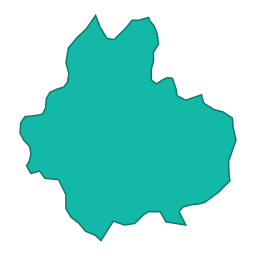 Nonsan-si, South Chungcheong, South Korea (Equal Earth projection)
{"feature_id": "91817680B11377751855609", "entity_name": "Nonsan-si", "entity_type": "district", "adm_level": 2, "iso_a3": "KOR", "parent_name": "South Korea", "parent_adm1": "South Chungcheong", "projection": "equal_earth", "projection_center": [127.164, 36.193], "detail": "fine", "context": "isolated", "style": "filled", "palette": "teal", "viewbox_px": 256, "rotation_deg": 0, "n_neighbors": 0, "source": "geoboundaries", "source_scale": "gbopen_adm2", "svg_char_len": 1095}
<svg xmlns="http://www.w3.org/2000/svg" viewBox="0 0 256 256"><path d="M201.7,94.8L201.4,94.9L185.6,100.2L176.9,95.5L176.2,89.3L172.5,78.4L167.4,77.6L162.3,80.0L156.5,83.9L151.3,80.0L151.3,69.1L153.5,61.3L153.5,52.0L158.6,44.2L157.2,34.1L154.3,26.3L149.9,20.8L148.6,17.4L138.9,20.2L132.1,20.2L125.3,28.7L113.9,39.7L107.0,38.4L100.2,27.5L95.6,15.4L86.5,28.7L77.4,37.2L68.3,48.2L66.0,62.7L68.9,73.7L67.4,82.3L63.8,87.0L56.5,89.3L49.9,92.4L46.3,98.7L45.5,108.0L42.6,114.2L33.8,115.8L25.1,116.6L20.7,122.8L20.0,132.9L23.6,140.0L29.5,146.2L30.9,154.0L29.4,161.0L26.5,165.7L29.3,170.7L30.9,173.5L39.7,171.1L44.8,178.2L58.6,179.7L65.9,194.6L65.9,208.6L71.0,217.2L79.1,223.5L85.6,231.3L95.1,235.2L101.0,240.6L106.8,231.3L113.4,221.1L124.3,225.0L134.6,223.5L143.3,214.9L148.4,211.7L160.1,211.7L166.0,221.9L185.7,225.0L179.1,211.7L182.8,207.0L191.5,204.7L198.8,203.9L204.7,202.4L214.2,195.3L218.5,192.2L230.0,180.7L229.5,178.9L228.7,168.0L228.7,161.0L236.0,140.0L233.1,127.5L232.4,118.1L222.9,111.9L214.1,109.6L203.9,103.3L201.7,96.3L201.7,94.8Z" fill="#14b8a6" stroke="#0f766e" stroke-width="1.5"/></svg>